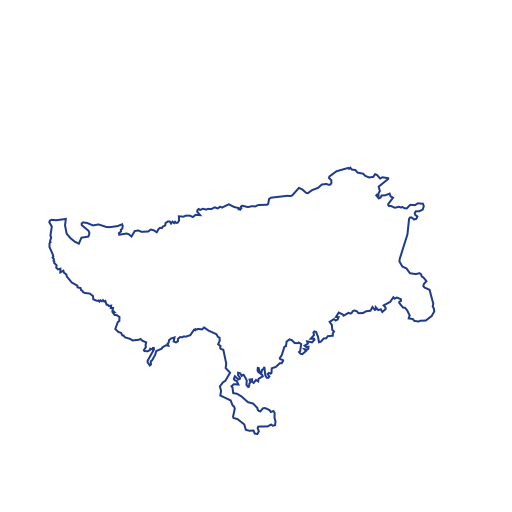 SVG path tracing the border of Uttar Pradesh, rotated 321°
{"feature_id": "IND-3253", "entity_name": "Uttar Pradesh", "entity_type": "State", "adm_level": 1, "iso_a3": "IND", "parent_name": "India", "parent_adm1": "", "projection": "orthographic", "projection_center": [80.221, 27.157], "detail": "fine", "context": "isolated", "style": "outline", "palette": "blue", "viewbox_px": 512, "rotation_deg": 321, "n_neighbors": 0, "source": "natural_earth", "source_scale": "10m", "svg_char_len": 6139}
<svg xmlns="http://www.w3.org/2000/svg" viewBox="0 0 512 512"><g transform="rotate(321 256 256)"><path d="M332.2,230.1L333.8,233.2L334.8,238.7L335.8,239.8L341.1,240.1L347.0,242.1L352.2,241.9L356.0,244.3L357.4,246.5L358.8,247.3L360.6,246.7L362.2,244.5L361.8,241.3L363.1,240.4L371.9,240.8L383.1,245.6L383.2,246.8L384.9,246.7L384.8,249.0L387.3,251.7L387.4,255.1L391.1,259.5L391.3,262.4L393.3,266.1L396.8,268.3L400.1,267.4L401.0,269.2L401.2,273.9L403.8,274.4L407.7,278.7L407.2,279.3L395.0,279.3L393.1,283.5L390.4,284.5L389.3,286.0L388.4,284.4L387.6,284.6L387.7,288.5L389.6,289.0L391.6,288.0L394.7,290.2L399.1,291.6L398.1,294.4L399.2,296.9L391.6,298.8L390.8,299.6L390.8,300.9L392.3,302.0L394.3,305.9L398.0,307.6L399.2,309.6L400.5,309.9L401.5,312.4L403.1,313.9L408.0,313.3L411.7,316.6L414.9,316.9L418.6,320.4L417.8,322.8L414.9,324.8L411.1,324.0L408.2,321.8L406.2,322.7L405.6,324.1L406.3,326.8L404.1,328.0L401.8,327.1L401.2,323.9L399.8,323.0L398.2,323.6L387.3,334.5L365.7,348.8L364.0,350.6L363.1,356.4L365.1,360.3L364.8,366.3L368.8,370.6L372.3,372.3L372.7,374.4L371.9,376.2L372.6,378.0L372.6,382.8L368.8,383.4L367.1,384.7L367.1,386.5L369.6,391.5L363.7,404.7L361.5,406.5L361.2,408.8L359.6,411.3L354.7,413.2L347.3,413.0L342.9,409.7L341.2,409.3L338.2,406.1L338.2,403.7L335.4,400.6L338.0,398.9L339.3,393.3L339.2,390.0L337.8,388.6L337.8,382.6L338.5,381.8L340.5,382.1L341.4,380.7L339.3,376.9L336.9,376.4L336.8,374.5L331.5,376.1L324.1,374.7L324.2,377.6L323.4,378.8L318.9,379.0L319.5,376.0L317.0,375.0L316.8,371.3L315.5,372.9L314.4,372.7L314.4,368.9L310.6,370.6L306.7,368.2L303.3,367.7L299.6,364.9L299.6,362.4L298.1,360.2L296.6,359.8L294.2,360.5L293.1,360.1L292.2,358.4L286.5,357.5L286.6,356.0L284.7,352.0L279.8,353.7L281.7,355.5L279.5,356.7L277.3,356.3L276.9,354.1L271.8,353.5L271.5,357.5L268.8,361.3L269.1,363.8L266.9,364.5L265.5,366.3L261.4,363.5L258.7,364.1L256.8,362.7L252.6,363.4L250.7,362.7L253.4,357.7L254.9,352.8L253.8,351.3L252.4,351.7L251.3,354.0L246.4,354.7L249.1,356.9L248.7,357.9L245.2,358.4L242.0,354.5L241.2,356.7L237.3,356.3L237.8,358.4L239.7,359.5L238.2,361.1L237.0,361.0L235.0,358.9L235.1,361.3L230.2,361.4L229.1,360.0L229.0,357.7L230.6,357.6L235.7,352.9L234.7,350.1L233.7,350.1L231.3,348.0L230.9,344.1L229.6,341.9L225.9,341.8L222.6,344.9L221.0,344.4L213.5,349.3L210.2,350.3L209.9,351.4L211.4,353.7L211.2,354.5L208.5,355.5L207.0,354.3L201.7,354.7L197.6,353.2L194.3,356.7L193.4,356.7L192.5,355.0L190.8,355.0L190.4,358.2L188.9,358.4L187.8,357.5L188.1,354.7L192.7,347.4L190.8,348.5L189.0,348.3L186.9,350.0L186.0,348.2L187.6,344.8L187.0,344.1L185.4,345.6L184.8,347.4L186.0,352.6L185.5,353.8L180.8,353.0L178.8,354.8L178.0,352.3L174.3,353.2L173.8,351.3L175.4,349.3L173.2,348.0L172.1,350.6L170.5,351.0L168.5,353.1L167.5,352.9L167.5,350.1L170.5,346.9L171.6,341.0L171.3,340.2L169.4,340.2L169.9,337.2L168.6,335.5L167.1,337.3L166.9,340.6L166.2,341.3L164.6,340.9L163.9,336.2L161.4,337.6L161.2,339.2L162.4,340.9L161.4,344.8L158.1,341.7L155.0,341.8L154.9,343.5L152.0,348.2L154.6,351.2L156.4,356.2L157.7,364.4L160.9,368.9L161.4,374.9L160.5,376.8L160.7,378.2L161.6,379.5L165.4,378.7L167.3,379.8L169.6,384.3L169.3,386.5L172.0,387.5L171.7,389.7L168.6,393.3L167.0,396.9L164.4,399.4L162.3,398.6L161.7,396.5L157.7,395.7L150.4,390.0L148.9,390.8L147.9,394.0L145.0,395.2L143.3,393.2L144.2,390.0L141.0,387.8L138.7,384.6L140.9,379.5L139.0,371.2L136.6,367.7L137.1,366.4L143.5,361.2L144.2,359.1L143.8,357.4L145.4,352.3L140.5,342.0L144.0,338.8L145.9,334.6L150.8,333.4L153.6,333.7L162.4,330.4L161.9,324.0L165.2,320.8L171.6,308.3L170.2,306.1L170.3,304.8L171.8,303.6L171.0,300.8L174.6,298.9L176.3,296.6L175.5,295.0L176.0,291.8L172.2,284.2L170.7,278.9L167.9,279.1L165.0,276.1L163.7,275.9L163.0,274.8L162.0,275.4L161.4,274.3L155.1,276.2L150.7,274.5L149.2,273.0L147.4,272.7L145.9,271.2L143.1,271.3L141.7,273.1L139.4,272.8L138.2,270.6L141.4,268.0L138.1,266.7L135.4,266.7L133.6,268.4L132.1,268.5L131.5,270.6L129.8,268.7L125.6,268.1L124.4,268.7L118.7,267.1L115.3,269.4L109.5,271.7L107.9,271.6L106.1,274.2L104.6,274.3L104.8,270.6L105.8,269.2L117.9,264.4L118.7,263.1L118.0,262.6L116.8,263.5L115.5,261.5L114.4,262.3L111.9,261.9L109.5,259.7L109.6,258.6L113.3,257.4L113.9,255.9L116.3,254.0L114.3,250.2L114.0,247.8L112.1,247.3L106.9,243.9L106.1,241.3L103.0,236.8L103.0,234.5L102.1,233.5L102.8,230.9L101.2,228.4L100.7,224.2L107.0,220.4L108.9,220.5L111.5,217.5L110.5,214.2L109.0,212.8L109.2,209.6L110.6,210.6L110.3,207.8L112.2,206.4L110.4,205.0L112.2,203.4L110.2,202.3L110.1,200.6L109.2,199.8L110.6,196.1L109.4,195.9L109.3,194.0L107.7,194.2L107.2,192.5L105.6,192.9L105.6,191.5L104.2,190.8L102.3,187.3L104.1,184.6L103.2,180.6L99.6,176.9L98.8,175.0L99.2,173.9L98.6,172.3L99.5,170.5L97.6,168.1L98.5,166.5L96.1,160.6L96.1,152.7L97.0,151.1L96.3,148.2L97.0,146.2L93.6,145.6L96.0,142.8L93.7,141.8L93.4,139.3L95.2,137.7L94.8,134.3L95.9,133.2L95.7,132.2L97.0,131.2L96.9,129.2L98.1,128.9L98.9,127.3L101.2,119.0L103.6,116.1L105.0,116.0L105.2,114.9L108.6,112.6L109.1,110.7L115.8,104.7L116.6,99.7L118.0,98.8L119.8,99.2L123.4,102.6L131.5,107.5L126.8,112.1L122.9,119.5L123.0,125.2L124.2,130.9L126.1,134.9L131.9,131.9L137.8,135.4L139.8,134.4L141.2,132.9L141.7,130.9L140.0,122.3L141.0,121.0L142.7,121.0L145.5,124.0L148.6,129.7L153.5,132.4L158.0,139.3L160.3,141.4L167.1,145.6L171.9,147.1L171.3,148.8L169.3,150.6L167.5,150.6L166.6,152.0L163.8,152.0L163.1,153.4L169.6,157.1L170.8,159.0L171.5,162.5L177.5,160.3L180.6,162.1L182.3,165.2L187.6,169.1L190.8,169.2L192.7,171.6L193.8,175.1L197.4,173.7L199.1,173.7L200.5,175.1L201.9,174.5L204.7,175.1L206.6,173.4L209.5,173.8L210.7,174.9L210.4,177.3L212.7,176.7L213.0,178.8L214.6,178.4L214.7,180.1L216.3,180.8L218.7,179.9L221.0,176.6L224.4,179.8L226.7,180.4L229.9,182.9L231.5,186.0L234.9,186.0L238.3,189.1L238.2,184.5L239.5,183.4L241.1,183.4L241.5,185.0L244.5,185.9L246.4,188.5L248.4,189.2L250.8,191.4L254.6,192.2L256.1,194.9L259.1,195.1L260.1,197.0L267.4,198.7L269.8,204.1L272.9,208.1L272.0,208.7L273.0,209.3L272.9,210.0L274.7,209.7L275.5,208.1L277.1,208.4L280.5,212.9L284.3,214.8L286.6,217.0L289.8,217.8L297.0,223.2L298.2,223.2L302.1,219.9L304.3,220.1L318.2,228.9L320.6,231.2L322.3,231.7L332.2,230.1Z" fill="none" stroke="#1e3a8a" stroke-width="2"/></g></svg>